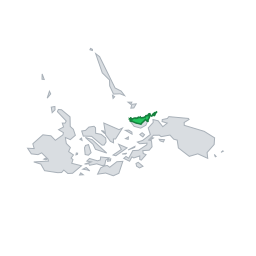 location of Occidental Mindoro, Mindoro Occidental, Philippines, rotated 107°
{"feature_id": "2640588B90196487973168", "entity_name": "Occidental Mindoro", "entity_type": "district", "adm_level": 2, "iso_a3": "PHL", "parent_name": "Philippines", "parent_adm1": "Mindoro Occidental", "projection": "orthographic", "projection_center": [120.638, 13.026], "detail": "fine", "context": "in_parent", "style": "filled", "palette": "green", "viewbox_px": 256, "rotation_deg": 107, "n_neighbors": 0, "source": "geoboundaries", "source_scale": "gbopen_adm2", "svg_char_len": 7230}
<svg xmlns="http://www.w3.org/2000/svg" viewBox="0 0 256 256"><g transform="rotate(107 128 128)"><path d="M118.6,40.8L128.3,45.2L133.7,42.9L132.3,53.7L137.2,61.1L132.3,74.0L125.2,77.4L125.3,81.0L122.5,85.8L126.6,93.8L125.7,95.9L127.5,101.6L133.5,104.8L133.3,101.8L139.0,99.5L143.0,101.2L145.3,107.2L147.9,106.0L148.2,102.9L154.8,105.9L154.7,107.5L151.3,108.6L154.9,113.7L154.5,115.8L159.3,116.8L158.3,123.2L155.8,121.6L156.7,118.5L148.2,116.8L146.2,111.4L138.6,105.1L136.9,105.4L139.6,112.1L138.7,114.9L135.7,110.4L127.7,104.7L122.0,108.7L115.3,105.5L112.6,106.6L112.3,101.3L116.6,95.1L111.8,91.9L111.9,97.3L109.9,97.7L107.4,93.1L105.2,92.3L101.2,73.0L102.0,72.1L106.3,75.9L109.0,75.0L108.9,54.2L112.1,42.3L118.6,40.8ZM177.7,161.4L187.5,167.8L189.1,172.2L187.0,177.1L190.0,178.5L191.3,182.3L193.2,195.3L188.0,200.8L188.0,208.2L182.9,194.4L181.1,195.4L177.0,203.3L179.8,206.3L181.0,212.9L176.7,218.1L175.1,211.7L170.9,214.4L159.4,207.4L158.0,199.4L161.0,193.9L153.6,188.2L151.3,188.4L149.9,193.9L145.9,189.9L142.5,192.3L141.8,189.7L139.4,189.1L133.0,200.3L130.6,200.0L130.0,196.9L134.3,186.7L143.4,183.7L145.2,179.9L150.4,176.2L156.0,179.8L155.4,185.1L160.8,182.5L163.5,177.4L167.9,177.9L169.7,172.3L173.4,173.6L174.3,171.4L178.2,171.5L177.7,161.4ZM148.8,168.4L144.4,171.4L142.7,167.9L138.6,165.7L136.3,161.0L137.3,159.1L142.5,157.4L141.9,151.7L144.1,146.4L147.8,144.9L151.2,145.8L152.0,147.8L146.6,160.4L148.8,168.4ZM174.0,123.5L178.0,128.1L177.6,136.2L181.0,143.6L174.2,142.5L171.5,139.8L169.9,136.9L170.9,134.0L163.5,128.8L161.4,123.2L174.0,123.5ZM129.7,133.3L142.1,136.7L142.8,138.8L146.4,137.5L145.9,140.9L141.2,147.3L130.3,152.6L132.2,136.1L129.7,133.3ZM82.8,168.7L66.3,180.7L68.1,176.0L93.5,152.1L94.7,145.3L98.0,140.7L97.6,145.6L99.8,151.8L93.1,157.8L87.5,159.7L82.8,168.7ZM109.4,110.5L120.1,111.7L124.4,115.8L124.6,122.6L120.6,128.3L116.4,124.3L112.7,115.3L108.6,112.0L109.4,110.5ZM165.4,139.9L170.1,139.4L171.5,141.6L171.4,147.4L174.9,153.9L173.2,155.6L171.1,153.2L171.7,157.7L168.4,155.9L168.3,147.5L166.6,145.1L163.7,145.7L162.1,137.3L165.4,139.9ZM149.5,166.0L149.6,158.9L158.2,141.0L157.9,152.9L153.8,156.7L149.5,166.0ZM165.9,161.2L159.6,163.8L157.1,163.5L155.4,160.9L162.4,156.1L165.6,157.9L165.9,161.2ZM147.3,123.1L158.1,131.5L158.2,134.4L150.5,128.1L146.3,132.2L147.3,123.1ZM162.0,108.6L159.6,110.0L157.8,108.2L160.2,102.5L162.8,105.3L162.0,108.6ZM135.5,205.0L130.5,207.5L128.8,204.2L131.9,203.1L135.5,205.0ZM102.5,127.2L107.1,128.3L108.2,131.1L104.2,131.2L102.5,127.2ZM129.6,110.2L132.2,111.2L130.8,114.8L128.4,113.1L129.6,110.2ZM118.0,211.9L123.1,214.0L115.8,213.9L118.0,211.9ZM180.6,159.2L178.0,156.4L180.2,152.0L180.0,154.7L180.6,159.2ZM132.7,122.3L131.0,129.8L129.8,126.7L130.8,123.1L132.7,122.3ZM106.1,222.3L106.5,224.5L101.4,225.9L106.1,222.3ZM131.0,90.1L130.9,93.5L129.7,94.9L128.5,89.7L131.0,90.1ZM140.3,148.4L138.2,152.8L138.1,150.3L140.3,148.4ZM104.5,132.4L103.3,135.5L102.2,131.9L104.5,132.4ZM165.8,137.8L164.1,138.0L162.5,135.5L164.5,135.2L165.8,137.8ZM138.8,124.5L138.9,127.3L136.4,125.0L138.8,124.5ZM187.1,160.6L184.7,160.1L185.8,157.1L187.1,160.6ZM144.6,115.9L149.0,121.5L143.5,116.0L144.6,115.9ZM104.1,150.9L101.2,152.4L102.0,149.9L104.1,150.9ZM153.3,168.3L152.8,170.7L151.2,169.5L153.3,168.3ZM153.6,122.7L154.6,126.0L152.4,121.8L153.6,122.7ZM64.3,187.3L62.8,187.1L63.2,185.0L64.3,184.7L64.3,187.3ZM168.9,169.9L167.0,170.1L166.8,168.8L167.9,168.6L168.9,169.9ZM182.4,199.4L181.0,198.0L181.5,196.4L182.4,197.2L182.4,199.4ZM106.9,106.4L107.7,108.3L105.5,106.1L106.9,106.4ZM174.4,156.5L175.2,159.0L173.1,156.0L174.4,156.5ZM130.0,36.1L128.0,37.7L129.5,35.4L130.0,36.1ZM133.0,103.2L130.1,101.7L130.1,100.7L133.0,103.2ZM122.3,30.1L124.1,31.9L122.1,30.7L122.3,30.1Z" fill="#d9dde1" stroke="#a8b0b8" stroke-width="1"/><path d="M115.8,110.8L115.7,110.8L115.5,111.0L115.3,110.9L114.6,111.2L114.3,111.2L114.2,111.3L114.1,111.2L113.6,111.0L113.2,111.0L113.0,110.9L112.8,110.9L112.7,110.9L112.3,110.9L112.2,110.8L111.9,110.7L111.6,110.7L111.4,110.7L111.2,110.7L110.8,110.6L110.4,110.7L110.2,110.6L109.7,110.4L109.2,110.5L108.7,110.7L108.6,110.8L108.4,110.9L108.3,111.1L108.2,111.1L108.2,111.4L108.0,111.5L108.2,111.9L108.3,111.9L108.5,112.2L108.7,112.4L108.8,112.4L109.1,112.5L109.3,112.3L109.2,112.1L109.3,112.0L109.6,111.9L109.9,111.8L110.2,111.9L110.4,112.2L110.4,112.3L110.3,112.5L110.5,113.2L110.6,113.4L110.5,113.5L110.6,113.8L110.8,114.0L110.9,113.9L111.0,114.0L111.1,114.4L111.1,114.5L111.3,114.5L111.5,114.5L111.8,114.6L112.0,114.6L112.2,114.9L112.5,114.9L112.5,115.0L112.8,115.0L113.0,115.4L113.0,115.5L113.2,115.8L113.4,116.1L113.7,116.7L113.8,116.7L113.8,116.8L114.3,117.8L114.4,118.4L114.4,118.5L114.4,118.4L114.4,118.5L114.5,118.6L114.4,118.5L114.5,119.0L114.5,119.4L114.4,119.7L114.3,119.8L114.2,119.8L114.3,119.9L114.3,120.0L114.3,119.9L114.5,120.0L114.6,120.5L114.6,120.8L114.6,121.3L114.8,121.4L115.0,121.4L115.5,121.5L115.6,121.9L115.7,122.0L115.8,122.0L115.9,122.3L116.1,122.3L116.2,122.6L116.3,122.8L116.6,123.4L116.5,123.6L116.4,123.8L116.3,124.1L116.4,124.3L116.7,124.7L116.9,125.1L117.0,125.3L117.1,125.5L117.3,125.6L117.5,125.7L117.8,126.2L117.9,126.4L118.2,126.5L118.3,126.7L118.5,126.8L118.5,126.7L118.8,126.9L118.9,126.7L119.0,126.7L118.9,126.7L119.0,126.7L119.0,126.8L118.9,127.1L118.7,127.4L118.7,127.6L118.8,127.5L118.9,127.8L118.9,128.0L119.0,128.0L119.4,127.9L119.5,128.0L120.0,128.0L120.3,128.2L120.5,128.2L120.7,128.5L120.6,128.0L120.7,127.3L120.6,126.9L120.5,125.7L120.6,124.1L120.7,123.8L120.9,121.8L120.8,121.3L120.9,120.9L120.7,120.0L120.6,117.9L120.6,117.5L120.6,116.7L119.9,116.5L119.7,116.3L119.0,116.2L117.4,115.1L114.7,113.8L115.9,111.8L115.9,111.1L115.8,110.8ZM105.3,105.8L105.1,106.0L105.3,106.2L105.3,106.5L105.4,106.8L105.6,106.9L105.6,107.0L105.8,107.1L106.0,107.2L106.2,107.4L106.3,107.4L106.4,107.5L106.6,107.5L106.8,107.6L106.9,107.8L107.0,107.8L107.5,108.0L107.4,108.1L107.5,108.2L107.6,108.3L107.8,108.2L107.9,108.3L108.0,108.2L107.9,108.1L108.0,107.9L107.9,107.9L107.7,108.0L107.4,107.8L107.4,107.7L107.5,107.5L107.9,107.6L107.8,107.4L107.7,107.3L107.6,107.1L107.5,106.9L107.3,106.8L107.2,106.8L107.3,106.6L107.2,106.5L107.1,106.4L106.9,106.3L106.9,106.5L106.7,106.5L106.8,106.4L106.7,106.3L106.3,106.3L106.2,106.2L105.9,105.9L105.6,105.8L105.3,105.8ZM118.4,127.2L118.1,127.3L118.0,127.5L117.9,127.7L117.9,127.8L117.8,128.0L118.0,128.0L117.9,128.1L118.1,128.3L118.3,128.4L118.5,128.5L118.6,128.9L118.6,129.0L118.7,128.9L118.7,129.0L118.8,128.9L118.8,129.0L119.0,129.1L119.0,128.8L119.0,128.6L118.9,128.6L118.8,128.4L118.8,128.2L118.7,127.9L118.6,127.7L118.4,127.2ZM108.1,106.2L107.9,106.2L107.9,106.3L107.9,106.5L107.7,106.4L107.7,106.5L107.8,106.8L108.0,106.9L108.2,107.0L108.2,106.9L108.3,106.9L108.5,106.8L108.5,106.7L108.4,106.6L108.4,106.4L108.2,106.3L108.1,106.2ZM108.1,108.3L108.3,108.4L108.5,108.5L108.9,108.7L109.0,108.7L109.1,108.8L109.4,108.9L109.5,109.0L109.7,108.8L109.6,108.6L109.4,108.6L109.2,108.7L108.9,108.5L108.7,108.4L108.4,108.4L108.1,108.3ZM104.6,105.3L104.4,105.3L104.3,105.5L104.5,105.6L104.8,105.7L104.7,105.4L104.6,105.3ZM117.6,128.1L117.4,128.3L117.5,128.5L117.8,128.8L117.7,128.7L117.8,128.6L117.8,128.4L117.7,128.2L117.6,128.1ZM114.1,119.7L114.1,119.8L114.1,119.7Z" fill="#22c55e" stroke="#15803d" stroke-width="1.5"/></g></svg>